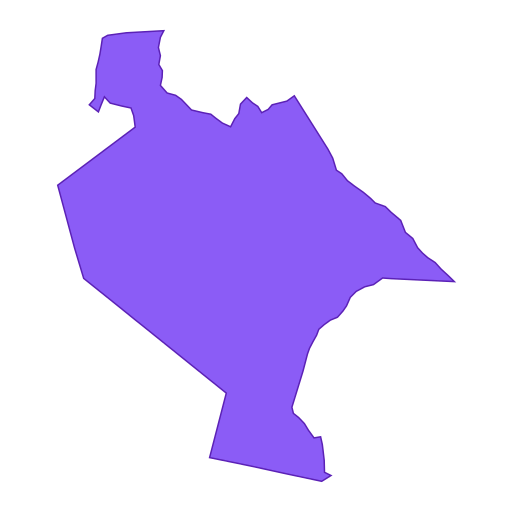 Gameleira, Pernambuco, Brazil
{"feature_id": "56859067B34418784496938", "entity_name": "Gameleira", "entity_type": "district", "adm_level": 2, "iso_a3": "BRA", "parent_name": "Brazil", "parent_adm1": "Pernambuco", "projection": "natural_earth1", "projection_center": [-35.378, -8.618], "detail": "fine", "context": "isolated", "style": "filled", "palette": "violet", "viewbox_px": 512, "rotation_deg": 0, "n_neighbors": 0, "source": "geoboundaries", "source_scale": "gbopen_adm2", "svg_char_len": 1441}
<svg xmlns="http://www.w3.org/2000/svg" viewBox="0 0 512 512"><path d="M321.7,481.3L331.0,475.5L324.5,472.3L324.2,460.4L323.1,450.9L322.3,444.4L320.6,436.8L314.0,437.9L308.4,430.2L304.4,423.6L298.8,417.7L293.4,413.4L291.9,407.2L303.0,371.1L307.5,353.9L309.5,348.3L312.9,341.8L316.6,335.2L318.8,329.3L324.2,324.6L330.4,320.1L337.5,317.2L342.9,311.1L346.5,305.9L350.3,297.3L356.2,291.4L364.7,286.8L373.5,284.6L382.6,278.0L390.7,278.6L454.3,281.6L448.9,276.3L441.1,269.1L435.2,262.6L427.6,257.6L422.4,253.0L417.6,247.7L412.8,238.5L405.4,232.4L400.7,220.4L391.0,212.2L385.3,206.6L375.2,203.0L370.6,198.4L363.3,192.3L354.6,186.2L347.4,180.7L341.8,173.8L336.4,170.2L332.7,158.1L327.9,149.1L294.3,95.8L286.9,101.1L272.1,104.8L268.2,109.4L261.7,112.7L257.8,106.4L252.4,102.8L246.7,97.5L240.5,104.1L238.8,113.6L234.8,118.6L230.6,126.8L222.4,123.1L215.5,118.0L210.8,114.2L202.9,112.7L191.5,110.0L181.4,99.4L175.6,95.3L167.1,93.0L160.4,85.4L162.1,77.5L162.4,70.6L158.8,64.5L160.4,55.7L158.4,47.5L160.4,37.3L163.8,30.7L126.2,32.8L107.7,35.3L102.4,38.3L101.2,46.2L99.9,54.2L98.1,62.2L96.1,69.5L96.1,83.4L95.2,90.5L94.8,98.5L89.3,104.8L98.4,111.9L101.0,105.1L104.4,96.8L110.2,103.1L121.6,106.0L131.0,108.0L133.7,115.7L135.2,127.1L57.7,185.2L74.6,248.1L83.7,278.4L117.6,305.6L136.4,320.8L141.7,325.0L170.0,347.8L209.6,379.7L226.3,393.1L209.6,457.6L250.6,466.0L270.8,470.4L284.0,473.3L321.7,481.3Z" fill="#8b5cf6" stroke="#5b21b6" stroke-width="1.5"/></svg>